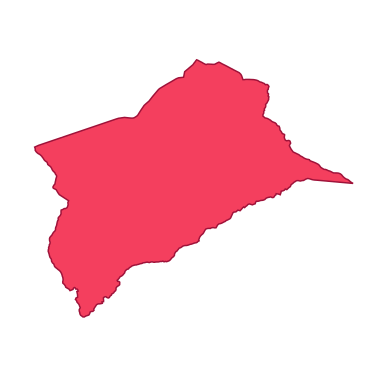 Santo Antônio do Leste, Mato Grosso, Brazil, rotated 184°
{"feature_id": "56859067B48136086302792", "entity_name": "Santo Antônio do Leste", "entity_type": "district", "adm_level": 2, "iso_a3": "BRA", "parent_name": "Brazil", "parent_adm1": "Mato Grosso", "projection": "albers", "projection_center": [-53.696, -14.769], "detail": "fine", "context": "isolated", "style": "filled", "palette": "rose", "viewbox_px": 384, "rotation_deg": 184, "n_neighbors": 0, "source": "geoboundaries", "source_scale": "gbopen_adm2", "svg_char_len": 6018}
<svg xmlns="http://www.w3.org/2000/svg" viewBox="0 0 384 384"><g transform="rotate(184 192 192)"><path d="M290.8,59.8L289.2,60.9L287.7,61.5L286.3,62.1L285.6,63.5L285.2,65.2L284.0,65.8L282.6,66.0L281.5,67.2L281.9,68.3L281.0,70.0L280.1,71.5L279.5,72.7L278.7,73.4L277.5,73.9L276.2,74.0L274.9,74.3L273.7,74.7L274.1,76.1L272.6,76.4L272.6,77.6L272.9,79.2L272.9,80.5L271.8,81.3L270.6,81.6L269.7,80.9L268.2,80.4L267.1,81.0L266.5,82.4L265.2,83.5L265.1,84.5L263.9,85.3L263.0,86.1L262.4,87.3L261.4,88.1L261.0,89.3L261.1,90.9L260.1,92.5L258.5,93.6L257.7,94.5L257.8,97.0L258.7,97.7L260.0,97.7L260.5,98.7L259.5,99.8L258.7,100.9L257.7,102.6L256.3,103.3L254.9,104.7L254.3,105.7L253.5,106.7L253.4,108.0L252.5,109.3L251.5,110.3L250.0,110.8L249.2,112.1L247.9,113.0L246.6,114.1L245.2,114.7L243.8,115.2L242.6,115.3L241.7,115.7L240.0,116.2L239.1,116.7L237.8,117.0L236.8,117.3L235.9,117.9L234.0,118.3L232.5,118.8L231.4,118.9L229.7,118.6L228.4,119.2L226.9,119.6L225.8,119.3L224.5,119.3L223.0,119.7L221.7,119.8L220.5,119.9L218.8,120.5L217.6,120.5L216.2,121.0L215.0,120.4L213.9,120.9L212.7,120.7L211.7,121.0L210.0,121.8L209.0,122.7L208.1,124.0L207.2,125.2L205.9,126.2L205.1,127.6L205.1,129.2L203.9,131.4L202.9,132.0L202.3,133.0L201.7,133.8L200.8,135.2L199.5,135.6L197.0,137.6L195.4,138.1L193.5,138.3L192.0,138.8L190.3,139.6L188.8,140.0L185.6,141.4L184.4,141.6L183.3,142.2L182.6,143.1L181.5,143.8L182.0,144.7L181.6,145.8L181.3,147.2L180.4,148.8L179.4,150.0L178.4,150.9L177.7,151.9L176.3,155.0L175.5,156.1L173.9,156.7L172.4,156.9L171.2,156.9L170.2,157.6L168.5,158.0L166.8,157.8L165.5,158.0L164.8,159.5L164.2,160.8L163.1,162.0L161.3,162.5L160.4,162.9L159.3,163.5L158.3,164.2L156.9,164.9L155.8,166.0L154.5,166.6L152.4,167.9L151.6,168.9L151.0,170.6L150.3,172.5L149.8,173.9L149.0,174.8L147.5,175.1L146.4,175.5L145.8,176.3L145.0,177.1L144.0,176.9L142.7,176.7L141.5,178.2L140.4,179.7L139.4,180.7L138.4,180.1L137.5,181.2L136.2,182.3L135.2,183.6L133.7,184.1L132.2,183.7L130.9,183.4L129.3,184.2L128.1,184.7L127.9,186.0L127.2,187.2L125.9,187.3L124.6,187.6L123.0,188.3L120.7,188.7L118.9,189.5L117.6,191.0L116.0,191.8L114.4,192.2L113.1,192.6L111.6,192.0L110.2,192.3L109.5,193.3L109.0,194.3L108.1,195.0L107.9,196.2L105.2,195.9L103.8,195.4L103.2,197.7L103.1,199.0L101.4,199.5L99.9,200.3L99.2,201.5L97.6,201.0L95.6,203.2L94.3,204.2L93.6,206.3L92.0,207.6L91.1,208.7L89.9,209.5L88.5,210.6L86.9,210.8L84.8,210.5L82.8,211.1L81.5,211.3L79.5,212.7L77.8,213.5L76.4,213.5L74.9,213.2L73.4,212.8L72.1,212.6L70.6,212.5L68.6,212.5L57.4,212.3L31.9,211.8L33.7,212.7L34.8,213.4L35.8,214.2L37.4,215.3L39.1,215.7L40.9,216.7L42.5,218.0L44.1,219.7L45.4,220.5L46.9,221.0L48.5,221.1L52.1,220.9L53.2,221.3L54.5,221.9L56.0,222.5L57.5,222.8L59.2,223.5L60.4,223.8L61.9,223.8L63.5,224.6L65.3,225.6L66.6,227.2L67.6,228.2L68.6,228.7L70.5,229.5L71.9,230.0L74.1,230.7L76.4,231.4L77.2,232.4L78.2,232.6L79.7,232.7L81.4,233.2L82.8,233.8L84.7,234.9L86.3,235.5L88.0,236.7L89.6,237.3L93.9,239.0L96.1,241.6L98.1,244.9L97.8,246.1L97.0,247.6L97.8,249.6L99.0,250.2L101.2,249.7L102.5,250.2L103.2,251.4L103.8,253.1L103.6,254.6L103.7,255.8L104.7,256.2L106.0,256.6L107.0,258.2L108.6,260.1L108.9,262.0L109.7,263.7L111.2,264.0L112.0,264.7L112.7,265.9L113.9,266.8L116.4,267.6L117.5,268.1L118.7,269.1L121.6,270.5L122.8,270.8L124.4,271.0L125.3,271.8L126.5,272.6L126.6,274.2L125.9,275.8L126.1,277.5L125.3,278.6L125.7,279.8L125.2,280.8L124.6,281.7L124.4,283.0L124.7,284.5L123.6,285.8L122.0,289.5L122.1,291.2L121.9,292.3L122.8,293.1L122.5,294.1L122.6,295.4L123.5,295.9L123.8,297.6L123.8,299.0L123.1,299.8L123.1,301.0L122.6,302.6L123.3,303.7L124.5,304.5L126.3,304.2L127.5,305.3L129.2,305.8L130.2,306.3L131.4,306.4L132.6,306.9L134.1,307.7L135.7,308.1L138.3,308.4L142.6,308.3L146.1,308.1L147.7,307.7L149.0,307.6L150.5,311.2L151.4,312.7L153.2,314.3L159.3,316.9L164.2,319.1L166.9,320.3L168.1,320.8L170.8,321.9L172.9,322.9L174.2,323.4L176.2,322.3L178.2,321.0L179.8,320.8L182.0,320.8L185.4,320.7L186.9,320.1L188.3,320.6L189.4,321.1L190.3,321.5L191.2,322.0L193.8,323.1L195.3,323.8L196.6,324.2L197.6,322.8L198.1,321.9L198.9,320.8L199.9,319.1L207.7,311.5L207.9,309.9L208.4,305.9L209.9,305.6L213.3,305.0L214.8,304.3L215.9,303.7L220.1,300.8L225.2,297.4L231.7,292.8L232.8,291.6L238.0,284.5L241.2,279.7L244.4,276.5L245.8,275.0L248.6,270.2L250.6,266.5L251.3,265.1L252.4,263.8L254.6,262.2L255.7,261.7L257.1,261.5L259.6,261.5L264.5,261.7L270.5,260.4L272.8,259.5L347.2,228.3L348.2,227.9L352.1,225.8L351.4,224.2L351.3,222.6L350.2,221.2L348.9,220.1L347.8,219.4L346.7,219.0L345.6,218.2L344.4,217.2L343.8,216.4L342.9,215.4L341.5,213.5L340.4,212.6L338.8,211.7L338.2,210.6L337.8,209.4L336.7,208.6L335.7,208.0L334.6,207.1L333.7,205.8L332.9,204.3L331.9,203.1L331.0,202.4L330.1,201.6L329.6,200.5L328.3,199.0L328.1,197.9L328.7,195.4L328.8,194.2L329.1,192.4L329.3,190.4L330.3,189.1L331.1,187.2L330.6,186.1L329.0,185.4L327.6,184.8L326.5,183.1L325.5,181.7L324.2,180.1L314.5,174.7L315.1,172.7L314.7,170.8L315.0,169.2L315.5,167.7L317.1,166.6L318.3,166.6L319.4,165.7L321.3,164.8L321.3,163.2L321.1,161.2L321.7,159.5L322.7,158.2L323.5,157.3L323.7,156.2L323.4,155.0L324.0,154.0L324.3,152.8L324.8,149.0L325.5,147.1L325.6,145.9L325.5,144.8L326.1,143.5L327.4,142.1L328.3,140.3L329.0,138.8L329.9,137.9L330.7,136.5L330.9,135.4L330.7,133.6L330.0,131.9L330.1,130.4L330.7,129.4L330.6,128.2L331.2,126.8L331.0,125.7L331.3,124.4L331.3,122.8L330.2,120.1L329.7,118.4L329.0,116.7L328.0,115.7L327.5,114.6L327.3,113.2L326.2,111.5L325.0,110.7L324.4,109.5L323.9,108.2L323.0,107.3L321.6,106.4L320.3,105.4L318.9,104.5L318.0,103.7L317.3,102.9L316.5,101.6L315.9,100.3L315.5,99.0L314.9,97.7L314.5,95.9L314.5,94.6L314.7,93.5L314.5,92.1L312.9,90.8L311.7,89.3L311.4,88.3L310.2,87.6L307.9,86.5L306.8,85.1L303.9,86.5L303.6,87.7L302.7,88.5L301.8,88.2L301.2,87.1L299.9,87.2L299.0,86.3L298.8,85.0L299.9,84.7L299.5,83.2L299.0,81.5L298.8,78.9L300.3,78.2L300.8,76.6L299.7,75.8L299.1,74.2L297.7,72.8L296.8,71.8L296.2,70.3L295.4,68.8L296.3,66.8L296.2,65.4L295.7,64.2L295.2,62.4L294.5,61.3L293.2,60.5L292.2,59.8L290.8,59.8Z" fill="#f43f5e" stroke="#9f1239" stroke-width="1.5"/></g></svg>